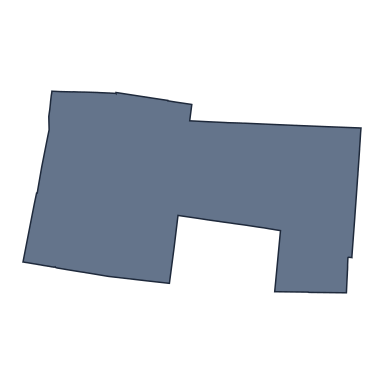 the district of Stefan Voda, Calarasi, Romania
{"feature_id": "2599482B59698871742145", "entity_name": "Stefan Voda", "entity_type": "district", "adm_level": 2, "iso_a3": "ROU", "parent_name": "Romania", "parent_adm1": "Calarasi", "projection": "albers", "projection_center": [27.367, 44.346], "detail": "fine", "context": "isolated", "style": "filled", "palette": "slate", "viewbox_px": 384, "rotation_deg": 0, "n_neighbors": 0, "source": "geoboundaries", "source_scale": "gbopen_adm2", "svg_char_len": 3168}
<svg xmlns="http://www.w3.org/2000/svg" viewBox="0 0 384 384"><path d="M169.4,283.3L174.0,248.4L176.0,231.9L178.0,215.4L181.2,215.9L192.9,217.6L193.0,217.6L198.4,218.4L203.0,219.1L204.3,219.3L206.8,219.7L207.2,219.7L207.4,219.8L207.7,219.8L207.9,219.9L208.2,219.9L208.4,219.9L208.7,220.0L208.9,220.0L209.2,220.0L209.4,220.1L209.7,220.1L209.9,220.1L210.2,220.2L210.4,220.2L210.7,220.2L210.9,220.3L211.2,220.3L211.4,220.4L211.7,220.4L211.9,220.4L212.2,220.5L212.4,220.5L212.7,220.5L212.9,220.6L213.1,220.6L213.4,220.6L213.6,220.7L213.9,220.7L214.1,220.7L214.3,220.8L214.6,220.8L214.8,220.8L215.1,220.9L215.3,220.9L215.5,220.9L215.8,221.0L216.0,221.0L216.3,221.0L216.5,221.1L217.0,221.1L217.4,221.2L217.7,221.2L217.9,221.3L218.1,221.3L218.4,221.3L219.1,221.4L219.5,221.5L219.8,221.5L220.0,221.6L220.7,221.7L222.4,221.9L222.7,222.0L223.6,222.1L225.9,222.4L228.9,222.8L231.2,223.1L233.6,223.5L238.0,224.1L241.8,224.6L243.3,224.8L246.1,225.2L246.3,225.2L248.0,225.5L253.3,226.3L257.1,226.9L258.5,227.1L259.9,227.3L262.8,227.7L263.7,227.8L267.1,228.4L269.3,228.8L272.6,229.3L274.8,229.7L276.0,229.9L277.3,230.1L280.5,230.6L274.7,291.7L308.3,292.1L308.8,292.4L346.4,292.8L346.6,288.6L346.9,281.9L347.1,277.9L347.3,274.1L347.4,271.3L347.5,270.4L347.6,267.1L347.6,265.6L347.6,264.8L347.8,260.1L347.9,257.9L348.0,257.6L348.1,257.4L348.3,257.3L348.5,257.3L350.2,257.4L351.0,257.5L351.5,257.5L351.9,257.6L351.9,256.4L354.7,218.8L354.8,217.3L354.8,217.1L356.4,195.0L356.6,191.9L356.7,190.4L356.8,189.6L356.8,189.3L357.4,180.9L357.4,180.3L357.9,174.3L357.9,173.4L358.0,172.1L358.2,169.6L358.2,168.6L358.4,167.0L358.4,166.5L358.7,162.3L359.0,158.1L359.0,157.8L359.5,150.6L359.6,149.3L359.6,149.0L359.6,148.4L360.1,141.2L360.6,132.9L361.0,128.0L356.0,127.8L327.1,126.7L297.7,125.5L296.2,125.4L294.6,125.4L292.8,125.3L271.6,124.4L246.9,123.3L244.2,123.2L242.4,123.2L241.4,123.1L238.6,123.0L232.1,122.8L228.0,122.7L227.1,122.7L226.7,122.6L224.7,122.5L209.4,121.8L189.7,120.8L191.8,104.5L191.4,104.4L175.8,102.1L167.8,100.8L167.8,100.4L167.0,100.3L151.7,98.0L116.0,92.5L116.0,93.5L115.9,93.4L110.0,93.1L109.3,93.0L108.0,93.0L103.6,92.8L98.8,92.6L97.9,92.5L84.8,92.1L83.9,92.1L82.7,92.1L79.6,92.0L78.6,92.0L73.2,91.8L72.5,91.9L60.1,91.6L51.9,91.2L51.9,91.3L51.8,92.4L51.3,95.3L50.5,102.1L50.5,102.5L50.4,103.6L50.1,106.5L49.8,109.4L49.1,114.1L48.8,116.5L48.8,116.8L49.1,129.2L49.1,129.4L49.1,129.7L49.1,130.0L48.9,130.9L47.8,136.2L41.7,167.0L38.5,185.5L37.4,192.0L37.3,193.0L36.6,193.0L34.4,203.5L31.9,216.2L31.8,216.7L23.0,262.0L23.3,262.0L25.4,262.4L26.9,262.6L27.7,262.7L29.2,263.0L30.6,263.2L31.5,263.4L32.9,263.6L33.4,263.7L33.9,263.8L34.8,263.9L35.2,264.0L36.1,264.1L36.6,264.2L37.0,264.3L37.5,264.4L38.4,264.5L38.5,264.6L38.9,264.6L39.3,264.7L39.6,264.7L43.8,265.5L44.5,265.6L45.2,265.7L45.9,265.8L46.6,265.9L47.0,266.0L47.4,266.1L47.8,266.1L48.5,266.2L52.1,266.9L52.6,266.9L53.7,267.1L53.9,267.2L54.2,267.2L54.4,267.1L55.0,266.9L55.0,267.1L55.4,267.3L55.9,267.6L56.5,267.8L57.3,268.0L59.7,268.4L64.5,269.2L66.2,269.5L80.9,271.9L84.5,272.4L86.0,272.7L88.7,273.1L108.4,276.4L109.3,276.5L146.5,280.8L169.1,283.3L169.4,283.3Z" fill="#64748b" stroke="#1e293b" stroke-width="1.5"/></svg>